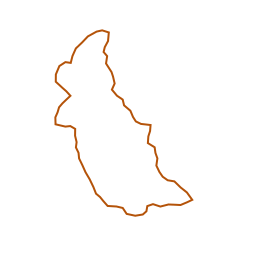 Bom Jesus, Paraíba, Brazil (Natural Earth projection), rotated 294°
{"feature_id": "56859067B58755230690339", "entity_name": "Bom Jesus", "entity_type": "district", "adm_level": 2, "iso_a3": "BRA", "parent_name": "Brazil", "parent_adm1": "Paraíba", "projection": "natural_earth1", "projection_center": [-38.629, -6.83], "detail": "fine", "context": "isolated", "style": "outline", "palette": "amber", "viewbox_px": 256, "rotation_deg": 294, "n_neighbors": 0, "source": "geoboundaries", "source_scale": "gbopen_adm2", "svg_char_len": 1079}
<svg xmlns="http://www.w3.org/2000/svg" viewBox="0 0 256 256"><g transform="rotate(294 128 128)"><path d="M49.0,161.7L50.8,170.3L55.0,176.7L59.4,178.7L64.5,177.4L68.6,181.8L69.4,189.5L74.6,196.1L76.8,201.6L79.0,207.3L84.2,212.2L88.5,215.9L93.1,208.0L95.1,200.2L98.1,192.1L96.4,185.5L97.6,179.5L100.6,174.6L105.2,169.2L112.2,167.2L116.4,163.2L121.2,160.2L122.3,152.3L128.6,150.0L134.2,149.4L139.9,147.4L137.0,138.2L137.2,132.5L140.1,128.1L144.7,123.2L147.1,115.2L151.8,111.6L153.0,104.8L156.5,97.7L163.2,97.7L168.9,93.4L172.4,90.2L178.0,81.7L185.2,79.7L187.5,74.8L192.4,73.9L199.3,74.4L207.5,71.6L206.7,64.7L203.3,60.1L195.4,54.1L187.5,51.3L179.5,48.0L171.1,48.0L164.2,49.2L162.7,44.0L156.7,40.1L147.6,40.3L140.9,43.2L138.1,51.5L136.5,56.6L134.0,62.3L128.8,60.1L123.9,58.1L118.9,56.6L113.6,57.3L108.2,57.3L101.9,60.3L103.8,70.2L106.3,74.5L105.7,80.1L99.4,82.8L94.2,86.8L89.1,88.3L85.2,92.9L80.3,95.7L75.5,101.4L70.3,107.2L65.6,113.8L60.0,120.4L55.0,125.5L53.6,130.5L51.3,135.0L48.5,141.1L51.6,149.4L52.8,155.7L49.0,161.7Z" fill="none" stroke="#b45309" stroke-width="2"/></g></svg>